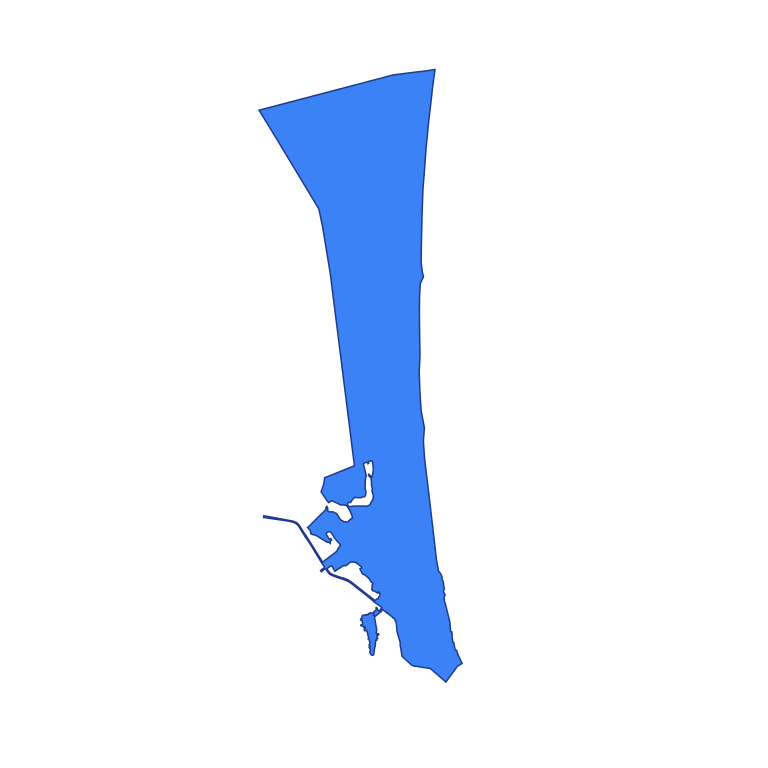 the district of Khur Maksar, `Adan, Yemen, rotated 339°
{"feature_id": "15242507B71955992885975", "entity_name": "Khur Maksar", "entity_type": "district", "adm_level": 2, "iso_a3": "YEM", "parent_name": "Yemen", "parent_adm1": "`Adan", "projection": "robinson", "projection_center": [45.028, 12.865], "detail": "fine", "context": "isolated", "style": "filled", "palette": "blue", "viewbox_px": 768, "rotation_deg": 339, "n_neighbors": 0, "source": "geoboundaries", "source_scale": "gbopen_adm2", "svg_char_len": 6123}
<svg xmlns="http://www.w3.org/2000/svg" viewBox="0 0 768 768"><g transform="rotate(339 384 384)"><path d="M356.8,672.9L356.1,663.7L356.2,660.3L356.4,658.8L355.7,658.0L355.1,657.9L356.5,650.3L355.7,649.8L357.3,642.9L357.7,642.8L358.5,639.7L357.4,638.9L360.1,630.5L362.6,610.5L362.4,609.2L364.0,603.9L365.1,603.4L365.5,601.2L365.1,600.4L365.1,599.0L366.9,597.0L367.3,595.5L367.2,593.9L368.0,592.0L368.5,589.3L368.0,587.6L369.0,585.3L369.0,583.0L368.8,580.7L368.3,579.8L367.9,578.0L370.0,566.9L384.2,511.7L395.1,468.4L400.2,451.7L406.0,439.4L409.1,422.3L415.1,403.1L421.3,385.1L428.1,369.6L432.9,356.3L442.4,330.6L449.0,314.0L454.0,303.1L457.2,299.9L458.5,298.9L459.6,297.2L459.6,294.5L462.2,283.9L468.7,267.6L479.3,241.7L490.1,216.3L498.7,198.3L508.2,178.1L519.3,155.9L529.0,137.4L535.1,125.5L544.3,108.7L531.5,105.8L527.2,104.6L503.7,98.8L365.5,83.6L371.5,116.1L385.5,195.0L385.9,197.4L383.0,215.3L373.4,261.7L327.1,449.7L295.0,450.3L291.7,456.1L286.6,462.1L289.1,472.9L290.0,475.0L293.3,474.2L297.8,478.7L300.0,481.3L302.2,482.1L305.4,484.0L306.0,485.9L306.8,490.6L306.9,495.4L306.6,497.3L306.7,497.8L304.9,498.0L300.5,499.9L297.0,498.1L296.1,496.6L294.8,495.3L293.4,488.1L291.8,486.4L290.9,485.3L286.8,483.6L285.8,481.8L286.4,481.3L286.9,480.3L286.9,478.7L286.7,477.8L285.4,478.7L284.8,480.4L272.2,485.8L269.5,487.2L267.7,487.8L264.5,489.4L261.2,490.7L262.6,494.1L262.6,495.4L262.0,496.7L261.9,497.4L263.5,499.2L264.4,499.3L265.2,500.2L266.6,501.4L274.0,511.1L276.1,512.3L276.7,513.5L277.8,511.3L278.4,511.0L279.1,510.9L279.0,509.2L277.9,509.5L277.0,508.7L277.0,507.6L276.7,506.5L276.4,505.1L276.4,503.1L277.4,502.3L278.2,502.1L279.4,502.0L280.5,502.6L281.2,503.3L281.7,504.5L282.1,506.6L282.4,509.1L283.1,511.7L285.3,517.4L285.7,518.7L284.0,520.0L281.8,521.4L280.2,523.1L278.9,523.6L262.9,528.3L257.2,499.3L255.6,492.4L254.1,484.8L253.4,483.3L252.6,481.9L251.1,480.4L249.9,479.4L224.6,463.9L223.7,465.4L244.8,477.3L249.5,480.3L250.6,481.4L251.5,482.4L252.5,483.9L253.2,485.5L255.8,499.0L256.8,502.7L258.2,509.5L261.6,528.4L262.8,533.4L262.2,534.3L259.4,534.8L257.9,535.4L258.2,536.8L262.5,535.5L263.4,536.0L263.9,538.7L264.3,540.1L264.7,541.2L266.0,543.3L268.1,545.3L272.5,549.1L276.4,552.2L279.3,554.9L281.2,557.3L283.7,561.3L284.3,562.6L290.8,573.2L295.8,582.0L296.3,583.3L301.8,591.7L301.8,592.6L301.4,593.0L301.1,592.5L299.0,593.7L299.1,594.1L298.0,594.3L297.5,593.8L297.2,591.9L297.3,590.4L297.1,590.1L296.7,589.9L296.4,590.0L296.1,590.8L296.5,591.4L296.6,591.7L293.7,592.8L293.0,592.9L292.9,593.5L292.3,593.8L291.9,593.8L291.7,594.1L292.0,596.3L291.5,596.3L291.2,593.9L289.5,592.7L287.2,592.9L287.3,593.5L284.6,593.4L284.7,593.0L281.5,592.3L281.2,592.4L280.3,592.8L280.0,593.3L279.8,594.2L279.6,594.8L278.8,594.7L278.4,594.8L277.8,595.3L277.6,595.7L277.7,596.0L278.0,596.5L278.8,596.8L278.3,598.8L278.5,599.6L277.6,600.7L277.3,600.9L275.9,600.7L275.8,601.2L275.8,601.3L277.2,601.5L277.5,601.7L277.4,602.1L276.7,601.9L276.8,602.2L277.4,602.4L278.0,603.8L278.5,604.2L279.0,603.7L279.2,603.9L279.3,604.2L279.4,604.5L279.3,604.8L278.9,604.9L278.7,605.7L278.0,605.5L277.7,605.8L277.3,607.1L277.4,607.4L277.9,607.6L279.5,608.0L279.3,611.6L279.2,612.1L278.8,612.8L278.9,614.2L278.8,615.4L277.9,616.2L278.3,616.5L278.4,617.5L278.3,619.5L278.1,619.8L278.0,620.3L278.2,620.6L278.1,620.9L277.7,621.3L277.3,621.5L276.6,622.2L276.4,622.8L277.1,624.2L277.0,624.4L275.8,624.4L275.6,624.8L276.2,625.4L276.1,625.7L275.9,625.6L275.9,625.9L276.0,626.4L276.0,627.3L275.7,627.9L274.8,629.0L274.5,630.3L274.5,630.9L275.0,632.4L276.4,633.3L276.8,633.1L276.8,632.9L277.4,633.0L280.5,627.4L282.2,625.0L282.3,624.5L283.9,621.4L284.5,620.1L285.4,620.6L286.0,619.1L286.9,619.3L286.9,619.1L286.3,618.9L286.7,617.7L287.1,617.4L287.2,617.2L287.3,616.7L287.6,616.0L288.0,616.0L288.3,616.3L289.0,616.5L289.4,616.1L289.4,615.5L289.3,615.2L288.9,615.0L288.6,615.0L288.3,615.3L288.1,615.3L288.3,614.7L287.5,613.8L289.1,610.9L291.6,598.1L299.6,595.5L301.7,594.5L302.2,594.6L304.6,598.3L304.5,598.9L304.8,599.2L305.1,599.0L306.7,601.8L306.7,602.3L307.2,602.7L308.8,605.5L308.7,605.8L309.2,606.2L309.6,606.8L309.8,608.0L309.8,608.5L309.6,608.8L309.5,609.1L309.8,609.4L309.9,610.6L309.7,612.0L307.5,619.3L306.6,629.5L306.4,631.6L305.5,633.5L304.6,638.5L303.2,644.6L309.1,656.4L311.6,658.7L313.1,659.0L314.2,659.9L325.2,666.1L335.0,684.4L351.4,673.8L356.8,672.9ZM269.2,534.8L270.2,535.6L270.5,537.8L271.1,541.3L275.9,540.1L281.8,539.0L282.8,539.9L284.6,539.7L287.5,538.6L288.9,538.3L290.3,538.7L293.5,540.2L293.8,541.0L294.7,541.6L294.6,542.2L295.5,543.1L296.1,544.5L297.3,546.4L297.2,547.7L295.2,548.0L295.9,553.8L297.5,555.1L299.5,558.7L300.7,561.5L300.6,562.6L301.3,564.8L302.1,565.5L302.0,566.7L300.8,567.4L299.8,570.1L299.0,571.1L299.4,573.1L300.8,573.7L301.8,575.2L302.4,575.8L302.8,576.6L303.1,576.9L303.6,577.0L304.1,576.4L304.2,577.0L304.5,576.9L304.8,576.7L305.0,577.1L304.8,577.5L305.2,578.5L304.6,579.4L303.4,580.6L301.4,582.3L300.8,582.1L300.5,582.2L299.7,582.2L298.6,582.7L297.8,582.8L296.9,581.1L293.7,575.9L282.4,556.9L280.1,553.8L278.5,552.2L274.8,549.4L268.3,544.0L266.8,542.4L265.9,541.1L265.4,539.7L264.4,535.9L269.2,534.8ZM329.8,472.5L332.2,466.9L332.9,466.0L333.3,464.5L334.6,463.5L335.6,455.3L336.2,451.3L336.4,451.0L337.0,450.7L340.1,450.9L340.6,451.6L340.4,452.6L341.4,452.5L341.8,451.1L342.6,450.8L343.6,450.8L343.8,451.1L344.3,451.1L345.3,451.9L345.3,452.5L344.8,454.8L344.7,455.6L343.3,460.2L339.7,466.5L339.1,466.5L338.8,465.4L337.5,462.8L337.0,463.3L337.8,464.8L337.6,464.9L337.1,464.7L337.1,465.3L338.3,466.5L338.2,467.0L337.8,468.8L337.4,470.2L336.9,472.1L336.2,473.1L335.8,476.2L335.1,478.9L334.6,479.1L334.4,479.5L334.5,480.0L334.3,480.7L334.5,481.2L334.1,482.2L334.3,483.7L333.7,485.3L333.3,485.8L333.4,486.3L332.9,486.9L329.9,489.8L328.9,490.1L328.4,491.0L327.3,491.9L324.5,491.8L323.6,492.0L323.0,491.5L321.8,490.8L316.6,488.8L310.7,486.7L308.2,486.3L307.3,485.8L306.8,484.2L306.8,482.7L308.4,481.9L310.3,482.7L314.1,479.9L315.1,479.6L317.0,479.7L318.2,480.5L321.5,481.9L323.5,481.7L324.9,482.2L325.6,482.3L327.2,480.9L328.5,478.3L329.1,474.6L329.8,472.5Z" fill="#3b82f6" stroke="#1e3a8a" stroke-width="1.5"/></g></svg>